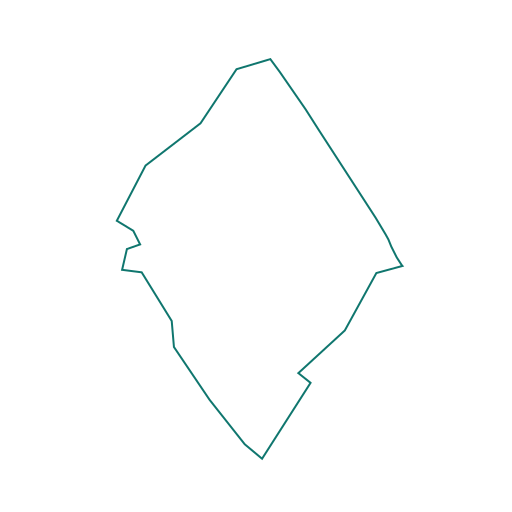 outline of Fashoda, Upper Nile, South Sudan, rotated 106°
{"feature_id": "79223893B4456195620437", "entity_name": "Fashoda", "entity_type": "district", "adm_level": 2, "iso_a3": "SSD", "parent_name": "South Sudan", "parent_adm1": "Upper Nile", "projection": "albers", "projection_center": [31.842, 9.988], "detail": "fine", "context": "isolated", "style": "outline", "palette": "teal", "viewbox_px": 512, "rotation_deg": 106, "n_neighbors": 0, "source": "geoboundaries", "source_scale": "gbopen_adm2", "svg_char_len": 523}
<svg xmlns="http://www.w3.org/2000/svg" viewBox="0 0 512 512"><g transform="rotate(106 256 256)"><path d="M260.5,399.5L265.6,380.9L276.8,370.6L284.9,382.0L306.2,380.9L303.2,361.4L341.7,319.1L366.1,309.8L407.1,260.9L440.1,214.9L449.2,194.3L362.9,168.6L356.9,183.0L303.1,150.1L239.2,135.6L225.2,112.5L224.6,113.4L218.6,120.3L209.6,128.6L203.6,133.3L199.5,137.4L186.4,151.4L118.0,229.9L101.3,248.8L72.5,283.9L62.8,296.5L81.8,326.2L143.7,345.9L199.5,387.1L260.5,399.5Z" fill="none" stroke="#0f766e" stroke-width="2"/></g></svg>